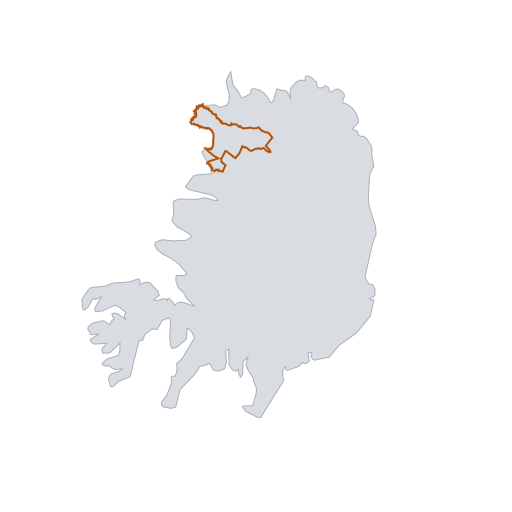 Norðurþing, Norðurland eystra, Iceland (highlighted), rotated 300°
{"feature_id": "244011B18729557885943", "entity_name": "Norðurþing", "entity_type": "district", "adm_level": 2, "iso_a3": "ISL", "parent_name": "Iceland", "parent_adm1": "Norðurland eystra", "projection": "orthographic", "projection_center": [-16.378, 66.009], "detail": "fine", "context": "in_parent", "style": "outline", "palette": "amber", "viewbox_px": 512, "rotation_deg": 300, "n_neighbors": 0, "source": "geoboundaries", "source_scale": "gbopen_adm2", "svg_char_len": 9411}
<svg xmlns="http://www.w3.org/2000/svg" viewBox="0 0 512 512"><g transform="rotate(300 256 256)"><path d="M372.0,155.2L375.8,155.4L382.0,152.5L390.7,144.1L394.4,142.2L403.0,142.0L392.8,150.2L389.1,159.0L386.3,163.4L386.3,165.3L393.8,170.4L397.3,168.6L398.9,169.2L400.4,171.7L401.5,176.6L401.0,181.8L399.0,187.0L396.2,191.4L396.6,192.8L399.0,193.4L411.2,190.5L412.8,196.8L413.9,198.8L413.7,201.0L409.0,207.9L414.6,203.5L419.2,202.1L427.1,204.0L430.4,206.3L432.4,210.6L436.3,209.0L438.2,211.4L438.3,214.1L436.9,221.4L432.4,225.2L435.4,230.3L437.8,230.3L438.2,231.5L438.1,234.6L434.6,238.4L440.8,242.2L441.6,243.7L441.4,248.3L440.5,251.0L438.8,252.6L434.5,253.1L431.9,254.9L432.9,257.7L432.3,265.6L429.1,272.2L426.0,275.7L422.9,278.0L414.1,275.8L414.6,281.4L411.6,284.9L412.3,287.7L413.4,289.1L413.0,292.8L409.2,300.5L406.4,303.1L400.7,306.2L392.7,313.2L384.3,313.3L363.9,323.4L355.8,328.9L341.2,344.8L335.0,349.0L324.4,350.9L292.3,360.9L288.5,367.1L288.3,368.5L289.7,370.9L287.1,375.3L282.2,378.4L279.9,378.3L276.0,375.5L275.4,376.8L276.9,380.1L261.0,385.1L239.2,381.3L220.3,372.6L205.1,370.1L195.0,358.7L194.9,357.0L196.2,353.8L200.2,352.7L198.5,349.3L191.7,354.5L189.6,354.2L187.0,351.7L187.1,349.5L181.8,348.2L173.0,340.7L172.4,339.1L174.8,337.0L174.4,336.5L169.3,336.5L161.6,342.2L118.1,340.8L116.9,337.3L116.4,324.8L118.4,319.8L120.1,320.4L124.5,327.9L136.4,325.1L141.3,322.9L146.2,316.6L148.8,314.7L153.1,306.4L157.0,301.5L164.4,299.6L158.1,297.6L146.8,303.5L143.2,303.2L145.1,300.3L149.1,297.3L146.6,296.8L145.7,295.2L145.9,292.0L148.2,287.1L161.6,279.1L158.8,277.1L149.5,283.3L142.9,285.1L138.0,281.5L135.9,276.9L136.3,275.1L139.8,269.9L139.4,268.8L137.4,268.1L132.3,262.6L123.5,262.2L102.1,257.0L84.9,262.0L81.4,258.3L79.0,251.0L79.9,248.4L83.0,247.3L90.9,248.4L103.0,246.5L108.8,243.1L110.7,244.3L111.5,246.3L119.1,244.1L123.3,240.9L129.6,243.3L154.1,243.7L157.6,239.3L159.4,233.9L158.9,232.7L149.6,237.0L147.5,236.7L137.5,233.1L134.0,229.6L135.5,227.3L141.4,222.5L156.1,215.0L158.2,213.4L158.6,211.3L153.4,207.0L143.0,207.1L140.8,202.4L132.5,198.9L126.6,200.0L123.8,197.0L88.6,207.3L78.5,199.5L70.8,197.4L70.4,195.3L75.7,189.7L78.9,189.0L82.0,189.9L87.4,195.0L91.3,196.8L87.0,189.9L87.4,183.8L86.0,182.0L85.0,177.8L85.8,176.5L91.8,178.1L100.8,186.3L105.7,185.6L112.5,181.8L98.8,177.7L95.2,171.6L98.5,169.1L105.7,170.3L98.8,159.9L98.6,158.1L100.4,154.1L110.0,158.9L105.4,152.7L105.4,151.4L107.0,150.5L108.2,147.1L110.9,146.1L115.7,147.8L122.9,155.2L123.8,157.2L123.4,163.9L126.6,163.1L130.2,164.4L133.7,160.2L135.7,161.5L136.9,165.7L135.8,174.6L138.3,171.7L141.9,171.8L143.2,164.6L143.1,158.6L131.9,150.7L127.7,145.3L128.4,143.7L130.9,142.4L143.4,142.5L138.4,139.1L137.4,136.0L127.9,136.1L123.3,134.4L123.3,132.9L125.5,130.9L131.6,126.9L142.4,127.6L146.6,129.3L154.0,140.1L160.3,144.8L170.4,159.5L177.2,165.3L177.4,166.7L176.1,168.1L173.1,169.7L177.2,172.4L179.6,176.2L179.7,177.8L176.4,188.6L173.4,191.9L166.8,189.3L168.1,192.9L172.6,197.0L173.5,199.2L172.7,201.2L175.0,200.7L175.7,202.0L174.1,208.1L172.7,210.3L176.7,211.9L179.2,215.2L181.7,228.0L184.3,218.5L185.5,215.0L187.3,213.8L189.9,204.1L194.9,198.6L199.3,196.7L203.3,203.9L206.4,204.8L210.5,192.9L211.4,184.0L211.1,174.1L212.1,167.2L214.5,163.1L217.4,162.0L223.1,166.5L227.6,176.6L234.6,187.6L239.8,190.5L240.8,190.2L241.9,186.8L241.8,172.8L244.6,165.5L250.9,164.0L260.6,157.6L262.8,157.4L267.3,161.5L275.1,175.9L280.9,182.6L283.7,193.1L285.0,195.1L286.4,191.8L286.7,187.2L280.1,165.5L280.1,162.6L280.9,160.2L293.8,161.7L296.6,164.2L305.3,176.7L309.8,171.7L318.8,157.3L321.8,157.8L329.2,163.8L332.2,163.3L340.9,158.0L342.8,151.3L339.1,137.5L340.7,134.7L348.6,131.2L357.3,131.9L366.3,144.6L366.7,150.6L372.0,155.2Z" fill="#d9dde1" stroke="#a8b0b8" stroke-width="1"/><path d="M360.0,140.0L359.5,139.7L359.3,139.9L358.9,139.8L358.9,139.2L359.5,138.6L358.9,138.1L358.6,138.1L358.6,137.9L358.9,137.9L358.9,137.4L358.6,137.1L358.5,136.9L358.6,136.7L358.8,136.5L358.9,136.9L359.2,136.8L359.2,136.6L359.2,136.3L358.8,136.3L358.9,136.1L358.9,135.8L358.7,135.4L359.4,135.0L359.6,135.1L359.8,134.7L359.6,134.5L359.3,134.7L359.1,134.2L359.3,134.3L359.9,134.1L360.2,134.3L360.4,134.2L359.9,134.0L359.4,134.2L359.2,134.1L359.0,133.9L359.2,133.5L359.5,133.3L358.9,133.1L358.8,132.9L358.3,133.4L358.0,133.2L357.9,133.0L358.0,132.7L358.1,132.4L358.3,132.4L358.3,132.0L358.1,131.9L357.8,132.2L358.1,132.4L358.1,132.6L357.6,132.5L357.7,132.4L357.5,132.2L357.7,131.7L357.0,131.8L356.6,131.6L356.5,130.9L356.0,130.1L355.8,130.0L355.7,130.1L355.8,130.1L355.8,130.8L355.6,131.2L355.3,131.2L354.8,130.9L354.6,130.9L354.6,131.1L354.7,130.9L355.2,131.2L354.8,131.2L354.7,131.9L354.6,132.0L354.4,131.7L354.5,131.6L354.3,131.7L354.1,131.4L354.1,131.2L353.9,131.2L354.1,131.1L353.9,130.9L353.7,130.9L353.7,131.1L353.2,130.8L352.9,130.4L352.5,130.5L351.7,130.3L350.7,130.7L350.5,130.1L350.4,130.0L350.3,130.4L350.1,130.7L350.2,131.1L350.1,131.3L350.1,131.7L349.7,132.6L349.5,132.9L349.0,132.9L349.3,132.9L349.0,133.1L348.6,132.4L348.9,132.3L348.9,132.5L348.9,132.0L348.6,131.9L348.4,132.3L348.7,132.5L348.6,132.8L348.3,133.1L348.5,133.4L348.4,133.7L347.5,134.1L346.9,134.0L346.6,134.3L345.9,134.2L345.9,133.8L345.7,133.6L345.8,133.3L345.4,133.1L345.1,132.4L344.8,132.3L344.0,132.3L343.9,132.6L343.9,132.8L343.5,132.8L343.3,133.1L342.9,133.3L342.7,133.1L342.8,132.9L342.7,132.8L342.8,132.7L342.8,132.4L342.9,132.2L342.5,131.8L342.5,131.6L341.1,132.1L341.3,132.2L341.4,132.4L341.2,132.7L340.7,132.2L339.8,132.6L339.1,132.3L339.0,132.5L338.9,133.0L338.4,133.9L338.4,134.3L338.2,134.4L338.2,134.7L338.7,135.3L338.8,135.6L339.0,135.8L339.2,136.2L339.1,136.8L339.3,136.9L339.1,137.2L339.6,137.6L339.9,138.7L340.5,139.9L340.3,140.2L340.0,140.2L339.9,140.0L339.6,140.2L339.7,140.4L339.7,140.8L340.1,141.2L340.1,141.7L340.2,141.9L340.2,142.3L339.9,142.9L340.1,142.9L340.3,143.4L340.2,143.7L340.2,144.1L340.1,144.5L340.2,145.1L340.9,145.7L340.9,146.2L341.2,146.5L341.1,146.9L341.3,147.4L341.3,148.0L341.2,148.2L341.5,148.3L341.4,148.8L341.5,149.0L342.0,149.1L342.1,149.7L342.3,149.6L342.6,150.0L342.5,150.4L342.4,150.6L342.8,150.8L343.2,151.3L343.1,152.2L342.8,152.6L342.7,153.0L342.9,154.0L342.8,154.3L342.4,155.3L341.9,155.8L341.5,156.1L341.5,156.4L341.5,156.6L340.4,158.1L338.1,159.6L333.4,161.7L331.9,162.8L330.0,163.5L328.1,164.0L326.0,163.8L325.5,163.6L325.5,163.4L325.6,162.9L325.5,162.5L324.5,161.0L324.6,160.7L324.3,159.3L324.3,159.0L324.0,158.4L322.8,162.4L322.1,167.2L321.7,168.4L321.7,174.6L314.6,168.1L313.9,168.1L313.8,167.7L313.1,167.3L312.5,167.2L311.7,167.5L312.1,168.1L312.0,168.5L311.9,169.0L311.7,169.5L311.8,169.9L311.7,170.3L312.2,170.0L312.3,170.2L312.1,170.2L312.3,170.3L312.3,170.5L311.9,171.1L311.0,171.8L311.1,172.1L310.8,172.6L311.1,172.9L311.0,173.3L310.0,174.0L310.0,174.5L308.5,174.8L308.7,177.3L308.6,177.7L310.9,178.2L311.0,178.9L311.2,179.1L311.3,179.7L310.9,180.3L311.4,180.4L311.4,180.2L312.1,180.5L311.8,181.0L311.6,181.6L311.6,182.1L311.4,182.5L312.1,183.8L312.4,184.0L312.5,184.4L312.5,184.7L312.6,185.0L314.3,184.6L319.4,184.2L320.2,179.1L322.8,177.2L324.7,177.4L331.5,177.0L332.0,178.4L331.5,180.7L331.3,182.9L330.6,186.8L330.5,189.3L332.7,189.4L336.3,190.3L344.2,189.3L344.1,189.9L344.2,190.3L344.3,190.9L344.0,191.5L345.0,192.5L345.1,193.4L345.0,194.6L344.3,196.9L344.5,199.1L345.0,199.8L346.0,200.1L346.6,200.7L348.9,202.2L349.2,203.0L349.5,203.5L350.4,204.0L350.5,204.8L351.0,205.1L351.0,205.3L350.8,206.3L351.3,207.0L353.3,208.5L353.3,209.1L353.1,210.0L352.4,211.6L352.4,212.0L352.5,213.1L352.3,214.4L352.7,215.0L352.7,215.7L353.2,216.6L353.3,216.6L354.5,215.0L356.3,209.4L366.7,210.9L368.4,206.8L368.7,206.5L368.8,205.8L368.8,205.2L368.7,204.8L368.8,204.3L368.5,203.5L368.2,203.2L367.7,201.3L367.7,200.4L367.5,199.9L367.7,199.5L367.4,199.0L367.5,197.7L368.8,193.8L367.1,192.8L366.4,191.8L365.1,189.6L364.5,187.7L364.3,186.6L363.0,185.4L362.7,184.7L361.8,183.7L360.8,182.1L360.1,181.4L360.2,181.2L360.2,180.3L360.0,179.9L360.1,179.7L360.0,179.4L360.1,179.0L360.3,178.0L360.2,177.8L360.5,177.5L360.6,177.2L360.3,177.1L360.2,177.3L360.0,177.0L359.7,176.8L359.5,177.1L359.4,177.0L360.1,172.8L358.4,170.1L358.5,168.8L358.0,169.1L357.6,169.2L357.5,168.9L357.4,168.8L357.4,168.6L357.2,168.5L356.8,168.8L356.5,168.4L356.1,168.2L356.1,167.8L355.9,167.7L355.4,166.5L355.5,163.3L354.1,161.4L354.2,161.2L354.2,160.6L354.5,160.1L354.4,159.9L354.5,159.8L354.3,159.8L354.3,159.5L354.2,159.4L354.5,159.1L354.3,159.1L354.5,158.7L354.6,158.9L355.0,158.8L355.0,158.6L354.8,158.5L355.0,158.3L354.9,158.1L354.9,157.8L355.0,157.5L354.9,157.4L355.3,156.9L355.8,156.6L355.9,156.2L356.0,155.8L355.9,155.6L356.0,155.5L356.0,155.1L356.1,154.7L356.2,154.2L356.0,153.8L355.7,153.5L355.7,153.3L355.6,153.1L356.1,152.6L356.5,152.6L356.8,152.3L356.8,152.2L357.1,152.0L357.3,151.5L357.5,151.4L357.6,151.2L358.4,150.5L358.3,150.4L358.4,150.2L358.2,150.1L357.6,149.2L357.8,148.8L357.6,148.6L357.6,148.1L357.9,147.5L357.8,147.2L357.6,146.9L357.7,146.6L357.8,146.4L358.6,145.8L359.0,145.0L358.8,144.6L358.4,144.2L358.6,143.7L358.6,143.2L359.0,142.4L359.0,142.2L359.4,142.1L359.2,141.8L359.3,141.7L360.0,141.1L359.9,140.7L360.1,140.2L360.0,140.0ZM353.3,130.4L353.1,130.4L353.5,130.6L353.4,130.6L353.9,130.8L353.3,130.4ZM343.7,132.3L343.2,132.3L343.2,132.5L343.7,132.3ZM354.5,131.3L354.6,131.1L354.3,131.3L354.5,131.3ZM354.2,131.2L354.0,130.8L354.1,131.1L354.2,131.2ZM340.0,142.5L339.9,142.4L339.8,142.5L340.0,142.5Z" fill="none" stroke="#b45309" stroke-width="2"/></g></svg>